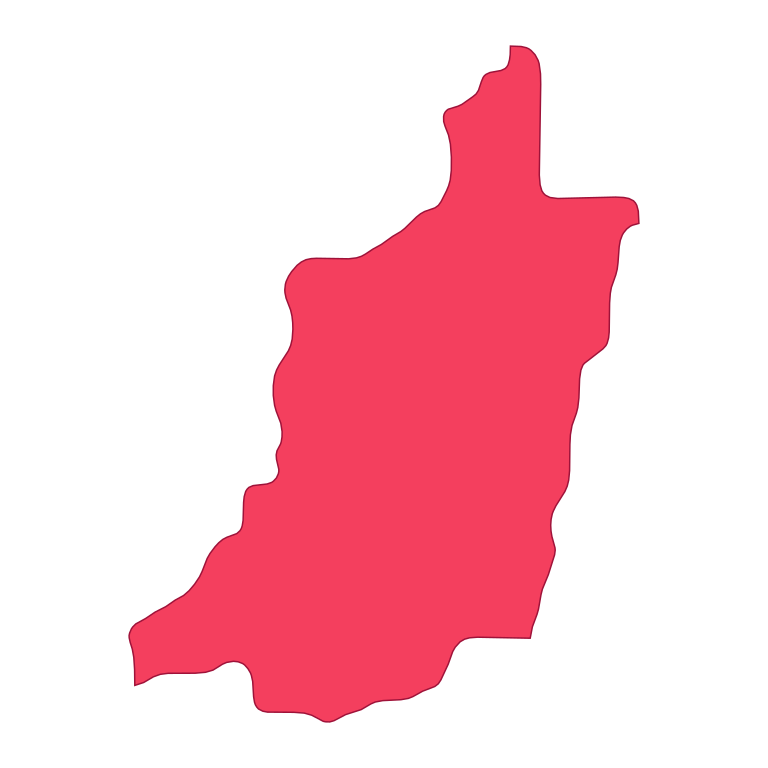 Consuelo, San Pedro de Macorís, Dominican Republic (Equal Earth projection)
{"feature_id": "3306468B14471946980605", "entity_name": "Consuelo", "entity_type": "district", "adm_level": 2, "iso_a3": "DOM", "parent_name": "Dominican Republic", "parent_adm1": "San Pedro de Macorís", "projection": "equal_earth", "projection_center": [-69.258, 18.6], "detail": "fine", "context": "isolated", "style": "filled", "palette": "rose", "viewbox_px": 768, "rotation_deg": 0, "n_neighbors": 0, "source": "geoboundaries", "source_scale": "gbopen_adm2", "svg_char_len": 3083}
<svg xmlns="http://www.w3.org/2000/svg" viewBox="0 0 768 768"><path d="M510.4,46.1L510.2,54.6L509.5,59.9L508.1,64.8L506.8,66.9L505.1,68.6L501.0,70.5L490.0,72.5L486.1,74.3L484.4,75.7L483.1,77.5L481.4,81.6L478.5,90.3L476.1,94.0L472.7,96.8L461.9,104.4L458.0,106.2L448.3,109.2L446.7,110.4L445.2,112.1L444.1,114.2L443.6,116.6L443.7,121.6L445.0,126.0L448.5,135.0L450.4,144.0L451.4,157.2L451.3,170.5L450.2,180.2L448.6,185.9L446.6,190.7L441.1,201.6L438.4,205.4L434.9,207.9L424.6,211.5L420.5,213.8L416.5,217.0L404.9,228.3L400.9,231.5L392.6,236.4L381.3,244.5L372.9,249.1L365.4,254.1L361.4,256.3L356.4,257.9L348.6,258.8L316.5,258.3L311.2,258.6L306.0,259.7L301.3,262.0L297.1,265.3L291.7,271.5L288.6,276.2L286.2,281.4L285.4,284.2L284.8,290.0L285.0,292.9L286.1,298.2L290.6,310.0L292.0,316.1L292.7,322.6L292.9,329.2L292.2,339.1L290.7,345.4L288.4,350.8L279.2,365.0L276.6,370.0L274.6,375.9L273.3,385.6L273.3,395.6L274.6,405.4L276.2,411.1L280.8,423.2L282.1,431.6L282.0,437.0L281.2,442.0L280.5,444.1L277.0,450.8L276.2,454.9L276.5,459.3L278.8,469.3L278.8,471.6L278.3,473.9L276.4,478.0L273.4,481.2L271.7,482.4L267.1,484.0L253.1,485.6L248.9,487.4L247.1,489.2L245.7,491.4L244.2,496.6L243.6,502.4L243.1,520.4L242.2,525.9L241.3,528.5L240.0,530.7L236.8,533.6L227.0,537.2L222.8,539.4L218.8,542.7L215.1,546.7L210.0,553.5L207.2,558.4L202.1,571.5L199.5,576.9L194.6,584.2L189.1,590.7L183.6,595.5L175.2,600.1L165.7,606.7L155.1,612.1L145.6,618.5L135.8,623.9L132.7,627.0L131.4,628.9L129.6,633.1L129.1,635.5L129.2,637.9L130.2,642.4L132.3,649.1L133.8,657.4L134.6,669.6L134.8,685.4L143.7,682.5L153.4,676.8L160.4,674.3L168.2,673.3L195.0,673.2L205.5,672.3L213.0,670.1L222.5,664.2L226.7,662.4L233.5,661.3L238.2,661.8L242.6,663.5L244.6,664.9L247.9,668.6L250.5,673.0L251.4,675.5L252.7,681.5L253.6,696.6L254.5,702.2L255.4,704.8L256.8,707.1L258.5,709.0L262.8,711.2L267.5,712.1L293.8,712.3L304.3,713.1L311.7,715.2L323.2,721.3L325.4,721.8L329.8,721.9L334.0,720.7L345.6,714.6L361.2,709.6L370.9,703.9L375.3,702.0L382.8,700.6L400.9,699.7L408.4,698.4L412.9,696.6L422.6,691.2L434.8,686.5L438.3,683.8L440.9,679.9L448.2,664.2L452.7,651.6L455.2,647.2L460.1,641.8L464.5,639.2L469.6,637.8L477.7,637.2L530.2,638.2L532.4,626.8L537.0,614.4L538.5,609.1L541.0,594.7L542.4,589.1L548.4,574.5L554.6,554.8L555.2,550.2L555.0,547.8L551.9,536.5L551.0,531.0L550.7,525.2L551.1,519.4L552.3,513.7L553.4,510.9L555.9,505.8L564.9,491.5L567.2,486.2L568.7,480.1L569.6,470.6L569.9,444.4L570.4,434.8L572.0,425.5L576.4,413.1L577.8,407.5L578.9,398.0L579.6,378.8L580.9,370.1L582.9,365.1L584.4,363.3L602.9,348.9L605.9,345.6L607.1,343.3L608.6,337.9L609.2,332.0L609.6,303.0L610.3,293.4L611.4,287.3L615.8,274.8L617.2,269.2L618.0,262.8L619.2,246.6L620.3,240.4L622.3,235.0L623.6,232.8L626.7,229.0L630.3,226.2L632.4,225.2L638.9,223.4L638.3,211.1L636.8,205.4L635.4,202.9L633.5,200.8L628.9,198.5L623.8,197.5L615.6,197.1L557.8,198.5L550.0,197.5L545.4,195.2L543.4,193.2L541.8,190.7L540.1,184.8L539.3,175.1L540.7,84.4L540.5,73.8L539.1,63.6L538.1,60.4L535.1,54.8L531.1,50.5L528.8,48.8L526.3,47.7L521.1,46.5L510.4,46.1Z" fill="#f43f5e" stroke="#9f1239" stroke-width="1.5"/></svg>